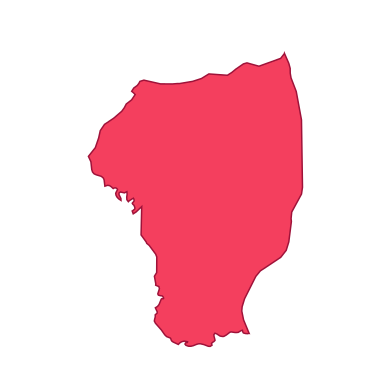 an SVG outline of Sanliurfa, rotated 280°
{"feature_id": "TUR-3017", "entity_name": "Sanliurfa", "entity_type": "Province", "adm_level": 1, "iso_a3": "TUR", "parent_name": "Turkey", "parent_adm1": "", "projection": "natural_earth1", "projection_center": [38.713, 37.351], "detail": "fine", "context": "isolated", "style": "filled", "palette": "rose", "viewbox_px": 384, "rotation_deg": 280, "n_neighbors": 0, "source": "natural_earth", "source_scale": "10m", "svg_char_len": 2441}
<svg xmlns="http://www.w3.org/2000/svg" viewBox="0 0 384 384"><g transform="rotate(280 192 192)"><path d="M241.3,295.1L215.8,300.0L209.0,300.2L189.6,293.7L183.0,294.2L180.2,295.0L159.7,296.0L150.9,294.9L143.2,290.8L139.5,287.0L126.2,273.0L120.0,269.5L96.0,262.3L87.7,261.3L83.4,261.7L75.0,265.0L62.7,272.8L62.7,272.7L62.1,271.3L61.9,269.2L62.1,267.1L63.2,266.2L64.6,265.7L64.0,264.4L61.8,261.9L61.4,260.5L61.1,258.9L61.0,254.9L60.5,253.7L57.1,250.6L55.3,248.4L55.0,247.1L55.0,244.7L56.6,240.9L56.9,239.1L55.4,238.3L53.8,238.7L50.8,240.1L49.8,240.4L48.6,239.6L47.4,238.3L46.2,237.5L44.6,238.3L43.1,236.7L42.9,234.8L43.8,230.2L44.0,226.5L43.7,225.0L42.9,223.2L40.8,219.8L39.9,217.7L39.5,215.2L40.0,212.6L41.0,211.5L42.2,211.8L43.0,213.6L43.8,213.6L43.8,210.3L42.8,207.9L41.3,206.2L39.5,205.0L41.0,199.4L41.7,198.0L42.6,197.2L43.6,196.7L44.4,196.1L45.2,192.1L46.6,190.0L50.8,185.8L56.4,178.8L58.4,177.3L60.4,177.3L62.6,177.5L64.7,177.1L66.5,178.6L67.9,178.6L71.6,176.0L73.3,177.9L75.5,179.1L81.1,180.3L81.7,180.8L81.9,182.2L82.3,182.5L83.0,182.3L83.3,182.0L83.6,181.7L84.0,181.5L84.5,180.6L84.4,178.7L84.6,176.8L85.7,176.0L91.1,176.7L93.1,175.8L93.9,172.4L95.2,172.3L102.5,169.6L106.5,171.2L121.9,168.6L124.5,167.0L132.0,159.1L133.6,156.3L134.8,155.6L140.9,149.3L168.9,145.0L162.6,140.4L160.3,137.9L162.9,136.4L163.1,136.7L164.8,138.2L165.4,138.6L166.5,138.5L167.3,138.1L167.9,137.7L168.4,137.5L169.0,136.9L169.7,135.8L170.6,135.1L172.8,136.4L173.9,136.4L174.9,136.0L175.7,135.3L172.6,131.8L171.4,131.0L173.1,129.2L175.6,128.6L178.5,128.5L181.0,127.8L179.4,125.6L179.6,121.5L178.3,120.3L176.7,120.6L173.3,123.1L171.4,123.5L172.5,121.0L173.9,119.1L175.5,117.8L177.4,117.1L178.5,117.3L181.0,118.1L181.7,118.2L182.6,117.0L182.8,115.7L182.4,114.6L181.7,113.8L183.2,111.5L184.0,109.6L183.9,107.6L182.6,105.2L188.8,103.3L190.4,102.2L191.7,99.9L192.3,94.7L192.9,92.4L194.4,90.6L196.6,89.4L204.2,87.2L209.1,83.8L218.9,89.1L229.1,90.7L236.5,91.0L243.4,94.1L251.0,102.0L259.3,108.8L263.2,110.7L267.3,112.0L272.2,116.5L278.1,119.1L279.5,117.2L280.7,115.1L284.3,116.6L287.4,119.6L289.7,120.8L291.9,121.5L293.8,125.2L293.0,142.2L295.0,154.0L296.2,158.5L296.6,160.8L301.1,173.5L305.4,181.6L311.2,188.1L313.1,206.6L316.7,210.5L320.7,213.9L327.1,220.4L328.7,223.7L327.5,236.1L339.0,256.1L344.4,259.0L344.5,259.0L335.5,265.0L330.8,267.2L326.1,268.1L321.6,269.7L309.1,277.2L282.0,287.3L241.3,295.1Z" fill="#f43f5e" stroke="#9f1239" stroke-width="1.5"/></g></svg>